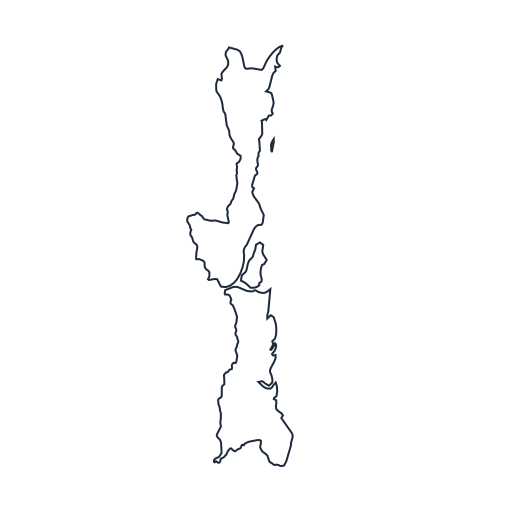 the State of Mon, rotated 196°
{"feature_id": "MMR-3270", "entity_name": "Mon", "entity_type": "State", "adm_level": 1, "iso_a3": "MMR", "parent_name": "Myanmar", "parent_adm1": "", "projection": "robinson", "projection_center": [97.638, 16.295], "detail": "fine", "context": "isolated", "style": "outline", "palette": "slate", "viewbox_px": 512, "rotation_deg": 196, "n_neighbors": 0, "source": "natural_earth", "source_scale": "10m", "svg_char_len": 6093}
<svg xmlns="http://www.w3.org/2000/svg" viewBox="0 0 512 512"><g transform="rotate(196 256 256)"><path d="M341.6,415.5L337.6,415.3L337.7,417.1L339.4,421.5L338.7,424.2L336.0,429.4L335.5,432.3L336.5,435.8L340.5,440.4L341.2,443.6L340.7,445.2L339.5,447.8L339.5,449.0L332.5,449.2L330.1,449.0L327.7,448.2L326.0,446.4L324.4,444.3L319.5,435.1L318.4,433.7L317.4,433.3L316.3,433.5L312.9,434.9L310.6,435.5L302.0,436.4L301.2,437.3L300.7,438.5L299.9,443.9L299.1,447.9L298.0,451.2L295.9,456.2L293.2,460.8L291.4,463.1L288.1,465.8L288.8,464.3L289.1,462.7L289.0,459.2L289.3,457.5L290.5,455.4L290.8,454.1L290.4,450.5L289.3,448.2L287.6,446.7L285.4,445.4L286.1,444.2L287.1,443.5L288.3,443.2L289.8,443.4L288.1,439.3L289.6,436.9L290.1,433.9L289.7,422.1L290.1,419.7L291.7,417.0L288.1,417.1L286.2,416.7L284.8,414.9L281.4,408.5L281.1,407.2L281.0,404.8L281.2,400.9L280.7,399.2L279.2,397.7L279.6,396.3L280.2,395.3L281.1,394.8L282.3,394.6L283.6,389.6L284.4,390.3L285.5,389.7L288.0,387.5L287.0,385.8L283.7,375.3L283.8,373.3L285.4,369.2L284.5,367.4L281.3,358.4L281.4,357.6L281.9,356.4L281.9,355.2L281.5,354.0L281.0,353.0L281.5,351.6L281.4,349.5L280.7,347.2L279.1,344.1L279.3,342.8L280.2,340.3L279.8,339.2L277.9,336.9L277.4,335.8L277.6,334.9L278.8,333.6L279.2,332.7L279.3,323.0L278.5,321.1L276.5,320.5L277.3,316.4L274.7,312.8L267.6,307.3L264.1,302.2L260.5,298.4L259.7,297.2L259.7,296.5L258.8,290.5L258.9,289.0L259.2,287.9L259.8,287.2L261.0,287.0L262.9,286.1L264.4,283.9L265.4,281.2L267.9,264.4L269.1,261.3L269.4,259.6L269.3,257.7L268.9,256.3L267.6,253.5L266.2,247.6L265.8,241.3L266.3,234.9L267.6,229.0L269.5,224.6L272.4,220.7L276.2,217.9L281.0,216.9L282.3,218.0L286.9,223.0L289.4,222.5L294.5,220.0L295.7,220.4L295.2,223.7L296.4,227.6L297.5,228.5L300.2,229.5L301.7,230.7L302.5,231.8L303.4,234.9L304.2,236.1L304.9,236.6L306.3,237.0L309.8,237.3L310.8,237.1L312.0,236.4L312.4,236.4L312.7,236.6L313.2,237.9L313.5,239.7L314.2,242.8L314.8,248.0L315.3,249.5L316.6,250.8L318.1,251.2L319.7,252.1L320.9,253.5L322.6,256.3L324.5,257.7L325.2,259.0L325.6,260.5L325.6,261.9L325.4,263.0L325.5,263.5L326.9,264.7L327.4,266.1L328.0,267.0L331.6,270.4L332.0,271.2L332.3,274.3L331.7,275.6L330.2,276.5L328.4,277.8L326.4,278.7L325.7,279.4L324.8,281.2L324.3,281.4L323.6,281.3L320.7,280.0L319.2,279.6L316.3,277.3L315.4,277.1L309.9,277.3L306.1,278.4L305.5,278.8L304.4,279.0L297.2,279.0L291.7,279.9L291.5,281.2L294.6,286.9L295.0,288.1L295.4,291.0L296.9,293.1L296.9,293.8L296.6,296.2L294.9,299.0L294.7,302.3L293.7,304.6L293.9,310.0L293.3,312.4L293.3,315.0L294.1,321.3L295.2,323.4L296.9,327.6L297.2,328.3L297.1,330.7L298.3,333.2L298.7,336.4L299.9,338.7L300.0,339.3L299.8,340.1L298.7,341.1L298.2,342.0L297.6,344.8L297.9,346.7L298.6,348.1L302.3,349.2L305.3,352.1L306.9,352.6L307.6,353.2L308.1,354.3L308.2,357.5L308.4,358.2L308.8,358.9L312.4,362.1L314.4,364.3L316.5,369.2L320.2,373.6L324.5,383.6L325.0,384.4L327.1,386.1L329.0,389.8L330.0,392.4L331.2,394.7L333.6,398.3L334.8,399.7L339.3,403.3L340.2,405.3L341.4,409.2L341.8,411.1L341.5,414.1L341.6,415.5ZM276.2,214.7L269.7,219.7L266.8,220.9L264.5,221.1L256.1,220.0L252.9,220.2L249.9,220.9L249.1,221.4L247.8,222.7L246.8,222.9L243.7,222.0L239.9,222.2L237.3,223.1L235.2,225.1L233.1,228.1L228.9,206.1L228.9,202.6L227.9,199.0L225.5,203.1L222.2,202.1L218.3,196.3L216.3,191.3L215.0,185.8L215.0,181.7L216.9,178.6L215.7,176.8L215.4,175.3L215.4,173.9L216.4,170.1L215.4,170.1L214.3,173.3L213.8,175.2L213.6,177.3L212.3,176.3L211.7,174.5L211.7,172.3L211.9,170.1L213.6,166.2L212.6,165.2L211.4,165.3L210.0,166.2L209.0,163.2L209.4,159.4L211.0,151.9L210.9,149.5L210.5,148.3L208.4,145.8L206.6,142.7L205.8,140.6L205.6,138.7L207.8,134.9L211.5,135.8L215.5,137.4L219.0,135.6L214.0,132.9L211.5,132.0L208.8,131.7L205.7,132.4L204.4,134.2L203.6,136.8L202.2,139.8L200.1,136.7L198.3,131.7L197.7,127.0L199.5,124.5L199.5,123.5L196.8,122.8L195.9,120.4L195.5,117.2L194.2,114.3L191.6,112.9L188.4,111.9L186.2,110.3L187.0,107.2L173.0,95.9L171.8,94.5L171.1,93.0L170.8,90.5L170.9,85.7L170.2,83.7L170.3,67.1L171.3,62.2L174.6,60.8L176.4,61.2L178.7,61.2L180.2,60.2L182.0,60.5L183.8,61.3L185.7,61.6L187.0,62.7L189.8,67.0L190.3,67.5L193.4,68.9L195.5,69.5L196.5,70.2L198.3,72.0L199.1,73.1L199.6,74.8L199.6,76.9L200.3,79.6L201.2,80.1L203.8,79.5L211.1,75.8L213.4,74.1L215.1,72.4L215.6,70.7L216.7,70.8L217.5,70.4L217.9,67.1L218.9,66.1L220.1,65.3L222.0,62.8L222.5,62.5L223.4,62.5L227.0,64.2L227.5,64.0L228.0,63.5L229.2,60.9L229.8,57.0L231.6,53.5L233.9,51.4L234.0,50.9L233.8,48.6L234.1,47.5L235.1,46.9L235.6,46.9L237.8,47.7L238.8,46.3L239.2,46.2L239.5,46.5L240.0,47.7L239.9,49.0L239.1,50.2L236.4,52.5L235.9,53.4L235.0,56.5L235.0,57.8L238.1,66.8L238.6,67.7L240.4,69.7L242.9,71.1L244.2,72.4L244.4,73.7L242.8,82.0L242.8,82.7L244.1,85.3L244.6,86.9L245.0,90.0L246.4,95.1L247.7,97.1L249.5,101.1L251.1,102.8L252.6,106.9L252.7,107.8L252.0,109.0L250.5,110.8L250.4,111.6L250.5,112.6L252.7,120.3L252.6,121.6L251.1,124.1L253.1,130.5L253.8,131.8L254.0,133.0L252.6,135.9L251.2,136.6L250.1,139.4L248.1,140.7L248.2,142.0L248.7,143.0L249.1,144.6L248.9,145.7L248.0,147.3L247.6,147.4L246.1,147.5L245.9,148.2L245.8,149.5L246.4,154.4L247.0,155.8L249.8,159.8L249.8,161.5L249.5,163.3L249.7,166.3L249.3,167.9L249.4,168.5L249.7,169.3L251.2,171.6L251.8,172.9L254.1,174.9L254.3,175.4L254.5,176.1L254.3,178.0L254.5,179.5L256.7,182.5L256.8,184.6L256.5,186.3L257.4,191.9L258.0,193.2L262.1,199.1L264.6,202.1L266.9,203.1L267.3,203.5L267.7,204.1L267.9,205.2L267.6,207.1L270.0,210.3L270.7,210.8L271.9,211.1L272.7,211.1L274.8,210.5L275.2,210.5L275.6,211.0L275.8,211.4L276.2,214.7ZM261.4,238.2L261.3,240.5L261.7,246.2L261.4,249.3L260.7,251.0L259.2,253.5L258.8,255.5L259.0,256.8L258.5,262.2L259.1,266.8L256.0,270.1L252.1,268.7L251.2,262.1L249.8,259.8L244.6,255.1L245.9,250.5L247.7,249.1L247.9,245.8L247.3,242.1L246.4,239.2L244.8,236.6L244.0,235.0L243.7,233.2L244.2,232.1L245.1,231.4L245.5,230.5L244.7,229.0L246.0,227.1L248.1,225.5L250.4,224.5L252.5,224.0L257.9,226.8L260.9,227.7L263.6,228.1L264.1,231.0L264.2,233.6L261.4,238.2ZM271.2,364.2L272.1,366.5L272.2,369.0L271.8,371.3L271.2,373.3L270.3,370.4L269.4,360.2L270.6,362.0L271.2,364.2Z" fill="none" stroke="#1e293b" stroke-width="2"/></g></svg>